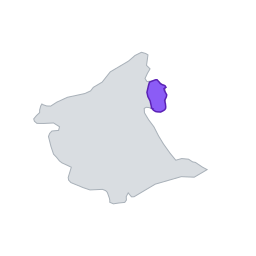 Plav highlighted on a map of Montenegro, rotated 295°
{"feature_id": "MNE-1503", "entity_name": "Plav", "entity_type": "Municipality", "adm_level": 1, "iso_a3": "MNE", "parent_name": "Montenegro", "parent_adm1": "", "projection": "orthographic", "projection_center": [19.907, 42.587], "detail": "fine", "context": "in_parent", "style": "filled", "palette": "violet", "viewbox_px": 256, "rotation_deg": 295, "n_neighbors": 0, "source": "natural_earth", "source_scale": "10m", "svg_char_len": 1746}
<svg xmlns="http://www.w3.org/2000/svg" viewBox="0 0 256 256"><g transform="rotate(295 128 128)"><path d="M113.4,39.8L113.2,41.1L113.6,45.0L115.2,48.7L121.4,52.6L130.3,60.2L140.9,74.2L145.8,78.4L150.2,79.4L158.7,85.2L164.7,86.6L171.4,88.2L188.9,100.2L196.7,103.7L202.3,108.2L203.0,112.5L202.7,115.2L192.6,118.3L190.9,123.0L186.0,122.5L180.1,122.5L178.1,125.5L181.0,130.4L182.8,136.2L181.3,144.1L180.9,145.2L179.4,144.9L171.0,149.5L164.8,151.7L159.2,152.7L156.5,150.5L155.2,147.5L155.5,138.8L154.5,135.8L152.6,134.4L148.7,136.5L144.2,143.2L140.0,151.0L133.7,159.1L128.5,166.9L122.9,176.8L119.0,184.9L123.0,189.6L125.3,196.0L124.6,200.8L125.3,203.6L124.0,212.0L123.7,217.3L111.4,208.8L106.4,196.8L88.6,176.4L68.2,162.5L67.1,160.3L68.3,157.6L69.3,155.6L65.0,155.4L62.0,157.0L59.2,156.5L56.1,151.3L53.1,146.8L53.0,142.8L54.4,142.3L56.5,140.8L60.9,136.5L61.8,134.2L61.6,130.8L55.8,119.7L55.0,112.5L54.4,99.3L55.7,96.2L57.9,94.7L68.5,93.2L68.5,82.8L69.2,79.8L71.3,75.5L72.8,71.6L78.7,66.0L86.7,59.5L90.1,59.3L93.1,60.3L96.5,66.1L100.2,65.4L101.1,58.4L96.3,49.3L93.7,43.5L94.6,40.3L96.4,38.7L100.6,39.8L104.6,41.4L107.1,40.3L111.1,39.6L113.4,39.8Z" fill="#d9dde1" stroke="#a8b0b8" stroke-width="1"/><path d="M178.7,128.1L183.2,132.4L183.8,133.5L184.0,133.9L182.9,136.6L182.0,138.3L181.8,139.2L181.7,140.9L182.0,142.4L181.9,143.8L180.9,145.2L178.9,144.0L177.2,145.3L174.4,149.1L172.4,149.6L168.6,149.5L166.6,150.9L165.9,151.6L162.9,153.4L162.4,153.5L161.6,153.8L160.2,153.6L158.9,152.9L156.3,150.9L155.0,147.6L154.7,146.6L154.6,145.9L154.8,144.3L154.9,143.5L155.5,142.3L155.9,141.7L156.0,141.8L156.0,140.7L157.3,140.1L161.9,136.6L164.8,132.8L168.3,130.1L168.7,130.0L175.7,128.5L178.7,128.1Z" fill="#8b5cf6" stroke="#5b21b6" stroke-width="1.5"/></g></svg>